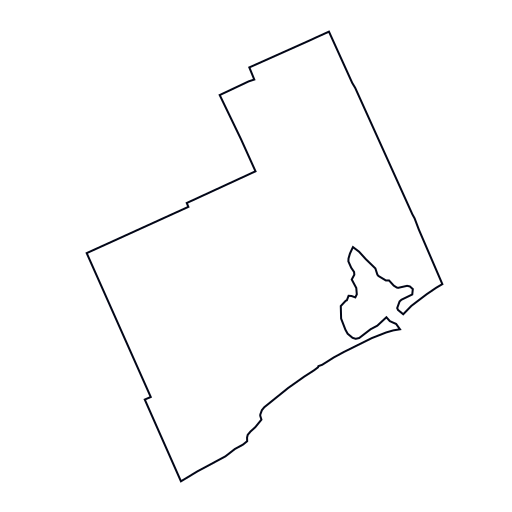 Grays Harbor, Washington, United States of America (orthographic projection), rotated 246°
{"feature_id": "52423323B85210970682519", "entity_name": "Grays Harbor", "entity_type": "district", "adm_level": 2, "iso_a3": "USA", "parent_name": "United States of America", "parent_adm1": "Washington", "projection": "orthographic", "projection_center": [-123.98, 47.162], "detail": "fine", "context": "isolated", "style": "outline", "palette": "ink", "viewbox_px": 512, "rotation_deg": 246, "n_neighbors": 0, "source": "geoboundaries", "source_scale": "gbopen_adm2", "svg_char_len": 1342}
<svg xmlns="http://www.w3.org/2000/svg" viewBox="0 0 512 512"><g transform="rotate(246 256 256)"><path d="M327.5,102.5L170.0,102.5L170.1,96.0L80.7,95.8L83.1,115.0L85.4,146.5L88.3,158.3L89.0,167.4L90.4,172.6L93.8,174.0L96.0,175.7L97.9,179.6L99.9,185.7L104.3,194.4L108.4,194.9L109.5,195.5L112.8,198.7L114.5,202.1L122.4,231.9L126.2,251.0L128.0,262.7L129.1,267.4L130.0,268.2L129.7,272.2L131.7,285.9L132.6,297.4L133.9,328.4L133.2,343.9L132.2,351.2L130.5,357.7L136.9,356.4L142.0,351.8L147.0,350.2L143.0,338.5L142.5,331.0L139.1,316.9L139.8,313.4L142.0,310.9L147.7,308.1L152.3,307.7L164.2,308.3L175.8,313.1L178.6,319.7L178.6,321.0L182.0,324.4L180.6,327.0L177.8,329.9L180.0,332.5L186.0,334.6L195.6,333.9L198.9,338.2L201.5,339.1L206.6,338.2L213.5,338.2L216.1,339.5L220.0,342.8L223.6,346.9L224.7,348.2L218.0,351.9L208.5,355.0L196.1,360.0L189.6,359.3L188.0,359.7L180.8,364.7L179.5,367.6L172.9,369.8L169.9,371.8L169.1,372.9L167.3,381.9L165.6,384.2L164.0,384.9L162.0,385.8L157.3,383.1L156.9,371.1L156.1,368.7L151.0,363.8L148.9,363.8L142.9,366.8L147.3,377.8L151.7,396.6L153.7,407.7L154.5,414.8L213.9,415.5L225.9,416.2L230.4,415.8L369.2,415.0L375.0,414.3L431.3,413.9L431.2,399.3L431.1,394.9L431.0,326.6L417.9,326.2L418.5,320.4L417.8,288.3L368.9,289.8L333.6,290.0L332.6,214.3L328.4,214.2L327.5,102.5Z" fill="none" stroke="#020617" stroke-width="2"/></g></svg>